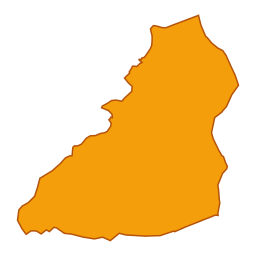 outline of Azum, Central Darfur, Sudan
{"feature_id": "16777658B93719594104494", "entity_name": "Azum", "entity_type": "district", "adm_level": 2, "iso_a3": "SDN", "parent_name": "Sudan", "parent_adm1": "Central Darfur", "projection": "mercator", "projection_center": [22.965, 12.946], "detail": "fine", "context": "isolated", "style": "filled", "palette": "amber", "viewbox_px": 256, "rotation_deg": 0, "n_neighbors": 0, "source": "geoboundaries", "source_scale": "gbopen_adm2", "svg_char_len": 2689}
<svg xmlns="http://www.w3.org/2000/svg" viewBox="0 0 256 256"><path d="M218.1,215.4L218.0,214.6L217.8,213.9L218.8,208.1L219.8,203.1L219.2,198.7L218.5,189.4L217.8,185.2L219.4,181.2L222.5,173.5L226.7,168.8L227.3,166.4L225.5,162.5L223.5,156.7L221.9,155.7L218.6,150.0L213.2,138.8L211.5,132.7L212.8,126.5L214.7,117.6L221.7,112.2L222.8,110.7L226.5,106.5L231.8,94.7L238.5,85.3L235.1,75.1L230.7,65.8L226.1,55.5L222.8,50.6L218.0,48.2L211.6,43.0L207.8,38.3L205.5,36.0L201.1,25.6L200.7,24.3L198.5,15.5L198.5,15.4L191.5,18.0L177.2,23.4L175.6,24.0L174.9,24.3L173.7,24.7L168.9,26.6L166.2,27.6L165.9,27.7L165.8,27.8L165.7,27.8L165.4,27.9L165.2,27.9L163.8,27.7L162.1,27.6L160.9,27.3L158.3,26.5L156.8,26.1L153.8,25.6L153.4,25.6L152.1,26.9L150.8,28.6L150.5,28.9L150.9,31.0L152.1,35.9L152.1,40.1L152.1,40.8L151.8,44.2L151.7,45.3L151.7,45.5L151.3,46.4L150.3,48.8L149.1,50.5L147.8,52.5L145.1,56.4L144.9,56.6L144.5,57.3L143.2,57.6L142.0,57.9L141.7,58.6L141.4,59.3L140.6,59.3L140.0,59.4L139.2,59.3L139.0,59.8L139.5,60.4L139.9,60.5L140.0,60.8L141.6,61.6L142.1,62.5L141.4,62.9L140.6,62.9L136.6,66.6L134.3,66.1L132.5,66.2L132.3,66.7L131.6,68.1L129.2,72.0L129.6,73.2L126.6,76.0L124.5,78.1L128.4,82.9L132.1,86.3L131.8,91.3L124.5,98.1L121.8,101.2L116.3,100.1L111.6,100.5L107.6,103.2L102.4,106.0L101.6,107.8L108.5,110.6L111.8,114.0L112.4,116.7L112.2,117.7L111.8,117.5L111.4,117.3L111.1,117.2L111.1,117.3L110.8,117.6L110.4,118.2L110.3,118.3L110.1,118.5L110.0,118.8L109.9,118.8L109.8,119.0L109.6,119.1L109.3,119.3L109.2,119.4L109.1,119.5L108.9,119.6L108.9,119.8L109.0,119.9L110.4,121.9L110.5,122.1L110.9,122.6L111.1,122.8L111.2,123.1L111.0,124.2L110.7,126.2L110.6,126.4L109.3,128.4L109.1,128.7L108.2,130.0L107.9,130.5L107.5,131.0L107.4,131.3L105.7,132.2L105.3,132.4L104.6,132.7L104.3,132.9L104.2,132.9L103.9,132.9L103.1,133.0L102.7,133.1L101.8,133.3L101.6,133.3L100.7,133.4L100.5,133.5L100.4,133.5L100.1,133.7L98.4,134.3L95.4,135.6L93.3,135.7L90.4,135.8L86.3,138.2L85.2,139.6L84.5,140.5L83.9,141.2L83.6,141.6L81.9,143.6L81.6,144.0L81.4,144.2L79.9,144.9L77.6,145.9L76.6,145.9L76.0,145.9L74.4,145.9L74.2,146.1L73.8,146.5L73.1,147.0L72.9,147.3L72.5,150.7L72.3,153.4L72.1,155.7L69.7,155.9L65.6,157.8L63.8,159.7L60.6,163.3L52.3,170.7L39.9,178.3L39.5,179.9L37.4,187.8L35.4,193.9L34.7,196.3L33.9,197.0L28.3,202.6L22.2,206.1L18.9,209.9L18.8,210.4L17.5,220.3L22.1,228.9L26.1,234.3L31.2,230.8L36.4,231.0L41.1,233.9L46.4,229.9L49.4,231.6L53.8,227.4L56.6,227.9L64.3,233.3L71.5,234.1L82.8,237.0L94.3,238.9L102.6,237.2L110.3,240.6L119.2,233.3L126.1,235.0L145.6,236.1L160.2,235.6L174.0,231.0L174.7,231.7L178.6,230.0L185.9,226.8L215.4,215.1L217.2,215.3L217.6,215.3L218.1,215.4Z" fill="#f59e0b" stroke="#b45309" stroke-width="1.5"/></svg>